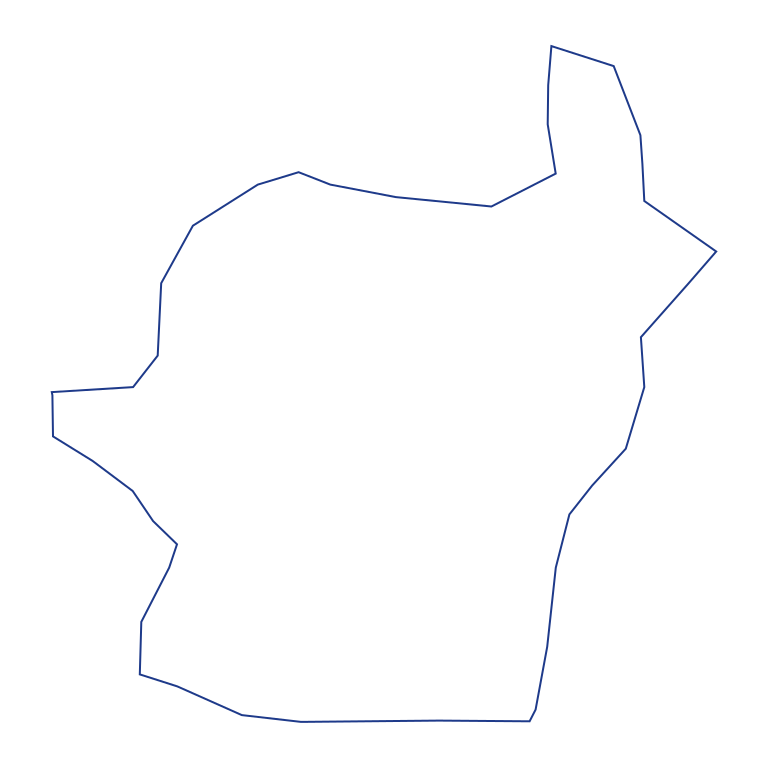 the Municipality of Danilovgrad
{"feature_id": "MNE-1511", "entity_name": "Danilovgrad", "entity_type": "Municipality", "adm_level": 1, "iso_a3": "MNE", "parent_name": "Montenegro", "parent_adm1": "", "projection": "mercator", "projection_center": [19.12, 42.623], "detail": "fine", "context": "isolated", "style": "outline", "palette": "blue", "viewbox_px": 768, "rotation_deg": 0, "n_neighbors": 0, "source": "natural_earth", "source_scale": "10m", "svg_char_len": 636}
<svg xmlns="http://www.w3.org/2000/svg" viewBox="0 0 768 768"><path d="M491.4,206.5L555.7,173.6L547.7,124.3L548.2,85.2L551.4,46.1L613.7,66.1L640.4,135.2L642.4,164.0L644.3,201.0L716.2,251.5L688.7,283.2L640.9,337.2L644.3,387.1L625.8,448.7L592.1,485.6L569.4,514.4L555.8,567.6L547.2,646.8L535.6,709.6L529.6,721.3L439.0,720.6L301.1,721.9L241.8,715.1L177.3,686.4L139.8,674.4L141.3,621.9L169.2,567.6L177.0,544.3L153.1,521.1L132.7,491.0L92.7,461.0L53.0,436.4L52.4,395.3L51.8,392.1L133.1,387.1L157.7,355.6L161.2,283.2L192.9,225.7L257.8,184.6L298.6,172.2L330.3,184.6L395.8,197.1L491.4,206.5Z" fill="none" stroke="#1e3a8a" stroke-width="2"/></svg>